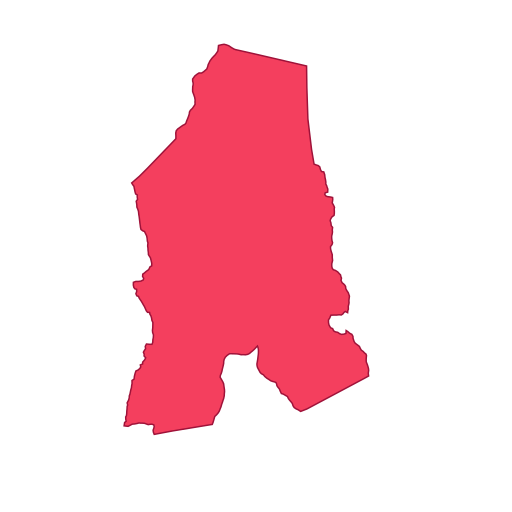 Mucugê, Bahia, Brazil (Albers equal-area conic projection), rotated 14°
{"feature_id": "56859067B79492424701178", "entity_name": "Mucugê", "entity_type": "district", "adm_level": 2, "iso_a3": "BRA", "parent_name": "Brazil", "parent_adm1": "Bahia", "projection": "albers", "projection_center": [-41.471, -13.068], "detail": "fine", "context": "isolated", "style": "filled", "palette": "rose", "viewbox_px": 512, "rotation_deg": 14, "n_neighbors": 0, "source": "geoboundaries", "source_scale": "gbopen_adm2", "svg_char_len": 5324}
<svg xmlns="http://www.w3.org/2000/svg" viewBox="0 0 512 512"><g transform="rotate(14 256 256)"><path d="M169.1,452.7L171.0,452.5L173.1,452.2L174.5,451.0L176.6,449.1L178.9,448.3L181.3,447.2L182.8,446.3L184.4,446.1L186.0,445.7L188.4,445.3L190.2,445.5L192.2,445.7L194.0,444.9L195.5,444.4L197.6,444.5L198.5,446.1L198.5,448.0L198.3,449.9L199.0,451.7L200.4,453.7L217.4,445.9L254.3,430.0L254.6,427.7L254.7,425.0L254.8,421.7L256.2,419.5L257.3,417.3L257.9,415.3L258.2,412.9L258.5,410.9L258.6,407.9L258.8,406.1L258.9,404.2L259.1,402.2L259.0,399.3L258.6,397.4L258.3,395.2L257.7,393.2L256.6,390.6L255.5,387.8L254.2,386.1L252.1,383.9L250.5,382.3L250.3,380.4L250.7,378.1L250.8,375.9L250.7,373.7L250.7,371.9L250.7,370.1L250.6,368.0L250.2,366.2L250.1,364.1L250.7,361.6L252.1,359.3L254.0,357.2L257.0,356.5L259.3,356.0L261.2,355.6L263.0,355.4L265.4,355.4L267.5,354.8L269.7,354.4L271.8,353.4L273.3,352.1L274.4,350.5L275.6,348.9L277.0,346.8L278.2,344.6L279.2,343.0L280.3,344.7L281.1,346.6L281.7,349.0L282.0,350.6L282.3,353.0L282.6,355.3L282.8,357.6L283.0,360.5L283.6,362.3L284.5,363.9L286.2,365.8L288.2,368.0L289.7,368.9L292.0,369.5L293.7,370.8L296.2,372.0L298.4,372.7L300.5,373.5L302.5,373.7L304.3,373.7L305.9,373.9L306.9,375.1L307.7,376.8L309.0,378.0L310.8,379.3L312.4,381.5L313.9,383.3L315.9,383.4L318.6,384.2L320.5,384.7L322.0,386.6L323.5,387.8L325.1,388.9L326.9,390.3L328.2,392.4L329.7,393.8L331.8,394.6L334.1,395.0L336.9,396.0L342.4,392.1L346.5,388.4L390.3,348.9L394.3,345.2L393.3,342.6L393.0,339.8L392.4,338.1L391.6,336.6L390.4,334.6L388.6,332.1L388.0,330.0L387.6,328.0L387.3,325.9L386.4,324.5L384.7,323.8L383.1,322.7L381.0,321.9L379.6,320.5L378.2,318.7L376.4,317.9L374.9,317.3L373.2,316.5L371.9,315.3L371.1,314.0L370.1,312.4L369.5,310.5L367.9,308.8L365.6,308.3L363.5,307.2L361.5,306.5L362.0,309.4L360.1,310.6L357.8,311.4L355.8,311.1L353.8,310.3L351.2,310.4L349.4,309.8L347.9,307.9L346.1,307.7L344.8,306.7L343.4,305.1L342.4,302.9L341.8,300.5L342.5,298.4L343.0,295.3L346.1,294.4L348.5,293.8L350.9,292.9L353.0,292.6L354.3,291.2L355.0,289.5L356.0,288.2L358.6,288.8L358.3,286.9L358.5,285.3L357.7,282.5L357.7,280.5L357.6,278.9L356.9,276.7L356.7,275.1L356.4,272.4L354.4,269.3L352.5,267.6L351.0,265.9L350.3,263.9L349.2,262.8L347.8,261.9L346.0,261.1L344.4,259.1L344.3,256.8L343.3,255.4L342.6,253.9L341.1,253.0L339.2,251.7L336.6,250.8L334.3,250.6L332.9,249.4L332.0,247.6L331.4,245.2L331.4,241.8L330.4,239.1L329.7,236.3L328.4,234.2L327.6,232.9L326.7,231.2L326.0,228.9L327.0,226.5L327.1,224.6L326.0,222.7L325.1,220.3L324.6,218.3L324.6,216.1L324.4,214.2L323.7,212.2L323.4,209.7L321.7,208.4L320.6,205.6L319.4,203.8L319.5,201.9L320.3,199.6L321.9,197.7L321.7,195.7L321.2,193.6L320.5,191.4L320.4,189.8L319.0,188.0L317.1,186.0L317.0,184.4L316.8,182.6L316.2,180.7L314.4,180.7L312.5,180.9L310.7,181.1L309.2,180.8L307.8,179.6L307.9,177.9L310.1,176.7L309.5,173.7L308.3,172.0L307.5,170.6L306.3,169.3L305.9,167.4L305.0,165.2L303.9,163.0L303.0,160.5L301.4,158.0L299.1,158.2L297.7,156.6L296.3,154.1L294.5,153.2L292.5,153.1L290.1,152.8L284.1,139.1L273.2,110.5L264.6,80.3L259.1,59.4L208.8,60.2L198.8,60.4L186.1,60.7L184.5,60.5L181.8,59.7L178.8,58.6L176.1,58.3L173.8,58.3L171.7,59.2L168.7,60.8L169.1,63.7L169.4,66.4L168.5,68.9L167.7,70.8L166.6,72.6L165.4,74.8L164.1,78.0L163.7,80.1L163.3,81.8L163.3,84.0L163.0,86.5L161.8,88.2L160.7,89.8L159.0,91.6L156.4,92.2L154.7,94.0L153.1,96.1L151.7,99.6L152.2,101.6L153.2,103.4L153.6,105.3L153.6,106.9L154.0,108.7L154.3,110.2L154.8,111.9L156.5,114.4L158.1,116.9L159.2,119.4L159.5,121.2L160.2,123.6L159.4,126.0L158.6,128.1L157.1,130.5L156.6,132.4L156.9,134.3L156.7,137.1L156.4,139.5L156.0,141.9L155.9,143.9L155.1,145.5L153.4,146.9L152.0,148.5L150.6,150.2L149.3,151.7L148.3,153.8L148.4,156.1L149.2,158.8L149.9,161.6L129.4,197.2L123.6,206.8L117.7,215.2L119.3,216.8L120.7,217.9L121.5,219.7L122.4,221.5L123.1,223.0L124.2,224.9L126.1,225.5L126.4,227.3L127.4,229.7L126.5,231.8L127.4,233.8L128.1,235.6L128.6,237.4L130.0,239.2L131.2,241.2L132.2,244.0L133.2,246.3L134.1,248.7L134.9,250.8L135.5,252.4L136.2,254.1L137.0,256.2L138.0,258.1L140.1,259.0L141.9,259.2L143.4,261.0L145.0,262.9L146.0,265.0L147.0,267.9L148.0,269.4L148.2,271.1L148.5,272.7L149.2,274.3L149.8,276.4L150.7,278.7L151.3,280.7L152.4,281.8L154.0,283.3L155.3,285.7L156.6,288.3L157.2,290.8L155.8,292.1L155.2,295.1L153.1,297.6L151.8,299.5L150.5,301.0L150.9,303.3L152.4,304.8L152.4,306.5L150.4,308.2L147.8,309.2L145.6,309.7L143.4,311.2L144.0,313.9L145.1,316.1L146.5,317.2L148.2,317.2L148.8,319.3L148.6,321.7L150.0,323.5L151.7,323.6L153.1,325.4L155.4,327.4L157.0,329.0L158.5,330.6L160.0,332.1L161.1,333.5L162.8,335.7L164.4,336.9L166.4,336.5L167.2,338.2L168.5,339.5L169.6,341.3L170.6,343.7L172.0,345.4L172.6,348.0L173.2,350.7L173.5,353.2L174.2,355.2L175.6,357.4L176.1,360.0L176.2,362.3L176.7,364.8L176.4,366.9L173.7,367.5L171.0,367.9L170.4,370.5L171.3,372.7L170.5,374.7L170.0,376.6L171.2,378.2L171.6,380.1L173.6,381.5L173.1,383.7L171.7,386.4L172.1,388.2L170.1,389.7L171.0,391.5L170.5,393.2L169.1,395.2L167.3,396.6L167.1,399.1L167.1,402.3L167.5,404.9L165.8,406.8L166.6,409.7L166.7,411.9L167.0,414.0L166.9,416.3L167.0,418.5L167.1,420.5L166.9,422.4L167.3,424.3L167.2,426.8L166.5,429.7L167.5,431.6L167.4,433.3L167.8,435.3L168.2,437.9L168.7,440.4L168.9,442.2L168.5,443.7L169.2,446.1L170.0,447.8L168.8,449.3L169.1,452.7Z" fill="#f43f5e" stroke="#9f1239" stroke-width="1.5"/></g></svg>